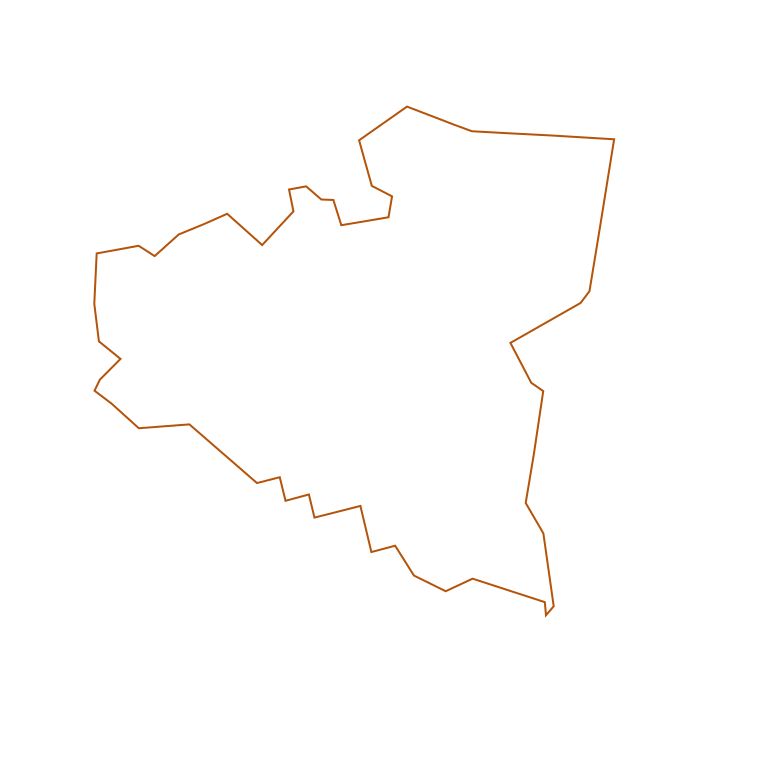 outline of Lafayette, Louisiana, United States of America, rotated 256°
{"feature_id": "52423323B160469889501", "entity_name": "Lafayette", "entity_type": "district", "adm_level": 2, "iso_a3": "USA", "parent_name": "United States of America", "parent_adm1": "Louisiana", "projection": "robinson", "projection_center": [-92.061, 30.209], "detail": "fine", "context": "isolated", "style": "outline", "palette": "amber", "viewbox_px": 768, "rotation_deg": 256, "n_neighbors": 0, "source": "geoboundaries", "source_scale": "gbopen_adm2", "svg_char_len": 838}
<svg xmlns="http://www.w3.org/2000/svg" viewBox="0 0 768 768"><g transform="rotate(256 384 384)"><path d="M318.6,236.8L318.8,260.3L294.5,260.2L295.0,284.4L271.2,284.2L271.4,331.6L224.0,331.1L224.4,355.7L190.9,366.7L168.0,393.7L173.7,422.8L133.4,487.3L120.4,485.2L127.3,494.9L200.5,502.5L234.3,492.7L279.6,512.4L338.6,536.8L349.5,527.2L393.3,516.6L415.1,594.4L424.3,605.8L483.2,631.2L565.8,666.5L569.2,655.6L584.5,607.0L597.8,563.4L608.0,530.4L618.6,514.8L647.6,473.4L626.5,418.8L579.2,420.1L564.1,437.2L544.7,428.7L548.4,381.0L574.8,379.4L578.2,367.8L594.6,356.3L595.7,338.9L573.4,337.9L548.3,299.4L587.1,273.0L582.5,246.7L578.8,221.1L563.6,192.4L577.5,179.3L580.2,136.8L531.9,122.3L494.3,117.7L472.1,134.4L457.0,109.4L447.5,101.5L431.0,114.8L400.4,135.4L391.9,185.4L318.6,236.8Z" fill="none" stroke="#b45309" stroke-width="2"/></g></svg>